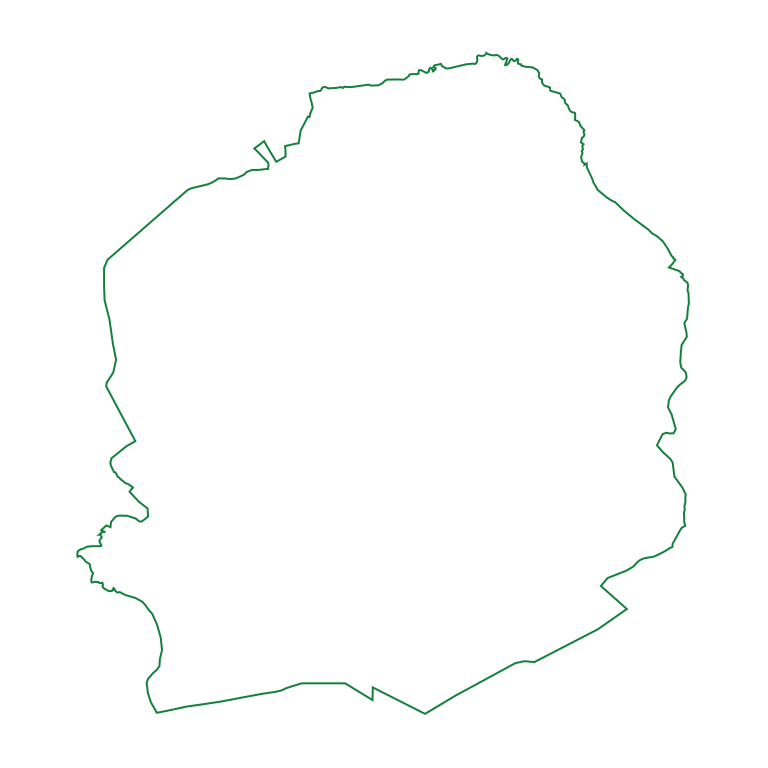 Angangueo, Michoacán, Mexico, rotated 91°
{"feature_id": "50627088B88848492345112", "entity_name": "Angangueo", "entity_type": "district", "adm_level": 2, "iso_a3": "MEX", "parent_name": "Mexico", "parent_adm1": "Michoacán", "projection": "natural_earth1", "projection_center": [-100.311, 19.628], "detail": "fine", "context": "isolated", "style": "outline", "palette": "green", "viewbox_px": 768, "rotation_deg": 91, "n_neighbors": 0, "source": "geoboundaries", "source_scale": "gbopen_adm2", "svg_char_len": 5922}
<svg xmlns="http://www.w3.org/2000/svg" viewBox="0 0 768 768"><g transform="rotate(91 384 384)"><path d="M604.8,137.3L600.9,141.7L582.2,163.6L574.1,157.1L566.4,138.4L563.2,133.2L561.8,131.1L560.0,129.7L557.4,127.2L555.6,125.0L554.1,121.8L553.6,120.0L552.7,115.7L552.4,112.9L552.1,111.9L550.7,108.5L549.4,106.0L547.2,101.8L544.6,97.6L543.6,96.2L542.8,94.9L542.1,93.3L541.7,92.7L540.5,92.7L538.9,92.7L536.6,91.5L524.0,84.8L522.6,83.7L521.2,81.6L520.5,80.3L517.7,81.2L516.2,81.5L514.2,81.5L513.0,81.4L512.0,81.4L510.9,81.8L509.2,81.7L508.1,81.8L506.8,81.8L506.3,81.7L505.7,81.3L504.6,81.1L503.9,81.2L501.8,81.4L500.8,81.4L498.4,81.0L496.7,80.5L494.9,80.7L491.1,80.6L488.8,80.5L488.0,80.9L486.8,81.7L485.1,82.5L482.9,83.5L480.4,85.3L471.6,92.0L457.6,94.0L453.9,96.4L447.2,104.1L440.5,110.0L429.3,104.6L427.8,100.8L428.5,97.6L428.2,93.5L423.9,91.5L409.2,96.0L402.5,99.6L395.6,98.9L391.7,97.3L387.3,94.3L382.5,91.1L379.7,88.4L376.6,84.3L374.9,82.7L372.0,81.6L369.3,82.0L366.7,82.8L364.9,84.6L362.5,87.1L357.0,88.2L347.0,87.7L339.7,87.1L331.6,82.1L327.9,82.4L318.0,84.8L313.3,82.1L303.1,81.5L298.0,80.6L288.2,81.1L285.5,82.0L283.9,82.2L282.6,81.9L279.7,81.7L277.6,82.3L276.5,83.5L275.7,84.8L274.5,86.1L273.5,86.4L271.7,88.7L270.7,87.1L269.9,87.5L269.0,87.1L267.7,89.0L266.0,90.6L262.5,101.1L259.5,98.2L254.8,94.8L253.4,96.9L252.3,96.9L251.2,98.5L247.7,100.5L244.1,102.4L236.6,107.6L231.4,113.7L228.9,118.3L224.9,122.5L215.4,135.9L206.6,147.0L198.2,156.0L196.4,160.1L193.1,165.2L186.0,174.0L183.0,175.5L179.2,178.0L175.4,179.3L164.1,184.8L161.0,185.1L160.9,185.7L160.3,185.5L161.4,187.3L160.1,187.0L159.7,188.1L158.2,189.8L153.9,190.9L149.5,189.6L147.5,190.4L145.9,189.2L142.5,189.9L140.8,188.6L138.9,191.3L134.4,190.4L134.2,189.8L132.7,188.5L131.7,188.0L130.6,188.1L129.3,188.7L128.2,188.9L126.7,188.1L122.5,192.1L120.3,192.9L118.4,193.8L116.6,197.7L113.1,197.5L109.9,197.7L109.4,198.1L109.3,199.0L109.1,200.2L108.6,201.5L107.8,202.5L106.5,203.4L104.7,204.2L102.4,205.0L101.4,205.9L100.5,207.1L99.2,208.0L97.6,208.2L96.7,208.1L95.9,208.9L94.0,211.5L92.0,212.2L90.4,213.1L88.0,222.4L87.3,223.0L84.6,223.2L82.7,229.1L81.2,230.4L79.5,231.4L76.7,231.2L75.9,233.5L73.8,234.6L70.4,234.3L67.5,236.0L64.9,240.8L64.3,248.3L63.6,250.8L63.5,251.9L62.9,252.4L62.2,252.4L61.7,253.9L61.6,255.0L60.8,255.7L59.6,255.8L58.2,255.4L56.9,255.8L56.5,256.4L56.9,257.0L58.1,257.9L58.7,258.7L58.8,259.6L58.4,260.4L57.9,260.8L57.1,261.4L56.6,261.9L57.0,262.7L58.2,263.5L60.3,264.6L60.9,264.9L62.6,266.4L63.1,267.6L63.1,268.4L62.1,268.3L60.2,267.5L58.3,266.9L56.6,266.3L56.0,266.7L55.9,268.0L56.8,269.3L57.4,270.8L56.6,272.1L55.0,273.7L53.7,275.2L53.0,277.4L53.5,279.4L53.4,281.7L52.6,285.0L51.3,287.4L51.9,287.3L53.2,288.9L54.0,289.9L54.3,291.6L54.1,293.6L53.8,294.6L53.8,295.4L54.7,296.5L55.5,296.7L56.9,296.6L58.4,296.3L60.5,296.8L61.8,297.5L62.5,298.8L62.1,300.5L63.0,307.7L64.0,311.7L65.7,318.3L67.0,323.3L67.4,325.6L67.3,327.6L65.0,331.6L63.8,332.2L62.9,332.7L63.7,335.4L64.1,337.2L64.6,339.2L66.5,340.3L67.0,338.2L68.0,337.8L70.5,340.1L70.6,340.7L69.2,340.5L66.9,343.2L69.0,344.7L70.9,344.6L71.0,344.8L71.9,346.4L72.3,346.8L69.6,352.3L69.6,354.5L71.4,354.9L73.2,354.9L73.5,356.7L73.6,359.2L73.6,361.6L74.3,364.1L75.5,364.3L76.2,365.2L78.9,368.6L79.4,370.0L79.2,373.8L79.6,386.2L80.8,388.5L83.1,390.5L85.0,394.0L85.5,395.0L85.6,398.0L85.9,402.0L85.5,403.1L84.9,405.1L85.1,406.0L85.8,409.7L87.8,422.5L87.6,424.2L87.6,428.1L87.4,428.9L88.7,430.2L87.8,432.6L88.4,434.6L88.8,437.1L89.4,444.9L88.3,447.2L87.9,448.5L88.1,449.7L89.0,450.9L91.4,452.2L92.2,453.2L92.3,455.5L93.5,458.2L94.8,463.4L99.2,462.7L103.5,461.4L107.5,460.5L108.9,460.1L115.0,462.5L118.4,463.1L117.9,464.7L132.2,471.8L140.4,472.9L144.8,473.5L145.7,478.6L146.9,483.0L147.7,486.7L147.9,487.1L149.0,487.0L150.3,486.7L158.3,486.4L163.7,495.6L147.6,505.7L143.3,508.1L150.8,517.8L153.7,514.6L164.6,503.9L166.6,503.2L171.0,503.8L171.1,505.2L172.1,512.8L172.3,519.8L174.4,525.0L177.3,527.8L179.6,532.7L181.2,536.4L181.8,541.5L181.3,546.4L181.3,553.2L183.0,555.2L186.1,560.5L187.6,564.3L191.6,579.9L193.3,583.6L264.6,662.6L272.8,665.9L290.7,665.6L305.4,664.8L324.4,659.6L348.8,655.7L364.5,652.3L377.3,654.9L387.3,661.2L391.3,661.7L445.5,631.6L450.6,640.3L463.0,655.2L464.5,655.4L466.7,656.2L469.9,655.8L472.5,654.6L475.0,653.2L476.8,652.4L477.1,651.0L478.7,650.0L481.5,648.6L482.3,647.0L483.9,645.7L484.7,644.4L486.3,642.3L487.3,641.4L488.8,637.5L491.9,633.1L492.0,633.1L492.5,633.6L493.5,634.6L494.4,635.3L496.2,636.5L506.0,627.0L512.6,618.2L520.7,617.6L523.0,620.4L525.7,623.9L525.7,626.2L522.7,630.1L520.2,638.6L520.2,646.8L521.3,650.0L526.7,654.5L531.9,655.0L530.3,659.2L535.1,664.2L535.4,664.1L536.8,660.0L536.9,662.2L537.7,664.2L539.5,666.0L539.2,664.6L540.5,664.6L540.8,664.3L541.6,663.7L542.8,663.7L543.4,664.3L544.0,664.9L545.9,665.8L547.7,665.3L549.6,663.9L550.9,664.0L551.2,667.0L551.2,670.7L551.2,673.4L551.7,675.4L551.6,676.9L552.0,678.6L553.5,680.8L554.6,684.3L555.6,686.1L557.1,687.4L560.1,687.6L561.5,687.7L562.1,687.3L561.2,685.4L561.3,684.4L565.5,680.0L566.6,679.4L567.3,678.5L568.4,676.2L569.7,674.9L571.6,674.8L575.8,673.5L578.1,671.6L582.7,673.0L586.4,673.2L587.5,672.7L586.8,668.7L586.9,666.5L587.4,666.5L587.8,665.1L588.0,663.4L587.7,662.1L590.2,661.4L591.1,662.0L592.5,661.4L592.7,660.9L593.5,660.1L594.0,659.6L594.4,658.0L595.0,657.4L595.7,656.0L595.9,653.0L594.5,650.7L593.9,651.6L592.8,650.8L594.4,649.3L595.6,649.0L597.2,647.0L596.7,644.6L599.5,638.9L602.3,628.8L606.0,621.8L609.2,618.8L613.3,615.9L617.9,611.7L628.7,606.7L641.5,602.8L654.0,601.3L663.1,603.3L670.1,603.6L673.8,606.2L677.3,610.1L683.1,614.9L687.1,616.1L697.4,614.6L706.3,611.5L716.7,605.4L714.4,594.6L710.1,576.5L707.6,560.9L704.6,542.7L700.1,521.1L695.8,499.9L693.7,487.3L692.3,481.5L689.6,475.9L684.7,461.1L684.0,417.5L700.2,390.0L687.6,389.9L713.1,337.2L694.4,307.2L660.8,247.8L658.7,238.7L659.4,228.8L625.5,165.9L605.2,137.9L604.8,137.3Z" fill="none" stroke="#15803d" stroke-width="2"/></g></svg>